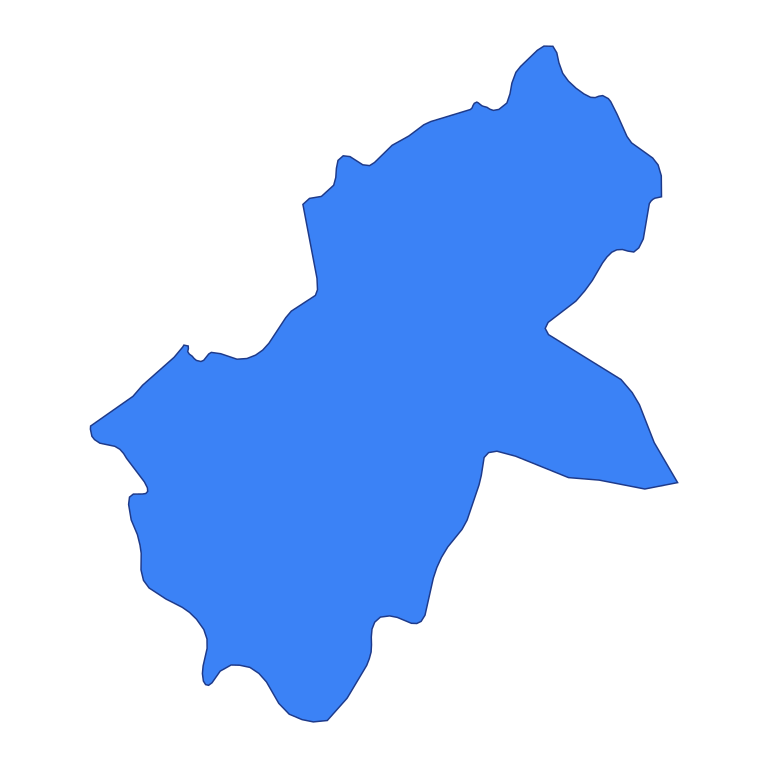 the Province of Hà Giang
{"feature_id": "VNM-512", "entity_name": "Hà Giang", "entity_type": "Province", "adm_level": 1, "iso_a3": "VNM", "parent_name": "Vietnam", "parent_adm1": "", "projection": "robinson", "projection_center": [104.964, 22.767], "detail": "fine", "context": "isolated", "style": "filled", "palette": "blue", "viewbox_px": 768, "rotation_deg": 0, "n_neighbors": 0, "source": "natural_earth", "source_scale": "10m", "svg_char_len": 2340}
<svg xmlns="http://www.w3.org/2000/svg" viewBox="0 0 768 768"><path d="M543.9,46.1L552.9,46.3L556.8,52.8L558.9,62.7L562.7,73.3L568.4,81.1L576.0,88.2L583.9,93.9L590.6,97.3L595.2,97.6L598.9,96.2L602.7,95.6L608.3,98.6L610.7,101.6L617.1,114.3L627.0,136.5L631.6,142.9L652.7,158.0L654.7,160.6L658.1,164.9L661.3,175.8L661.5,196.8L654.9,198.2L652.8,199.4L650.9,201.2L649.3,203.7L643.3,238.9L638.8,247.9L633.8,252.0L628.0,251.1L622.4,249.5L616.8,249.8L611.8,252.2L607.0,256.9L602.5,263.0L592.3,280.5L584.8,290.8L575.9,301.1L548.1,322.4L545.2,328.4L548.5,334.6L621.1,379.6L632.2,392.6L639.4,404.7L654.2,442.6L677.6,482.6L644.8,489.0L599.2,480.1L568.5,477.6L515.6,456.2L496.9,451.2L488.6,452.6L484.1,457.5L481.3,475.4L479.0,485.0L467.1,520.1L462.0,529.4L447.8,546.9L441.5,557.3L436.8,567.6L433.3,578.2L425.0,615.2L421.1,621.4L416.8,623.5L411.4,623.3L397.3,617.4L389.6,615.9L380.4,617.1L374.7,622.2L372.0,629.1L371.3,637.1L371.5,644.8L371.1,652.0L369.3,658.7L366.7,665.4L347.1,698.2L327.3,720.5L313.3,721.9L302.0,719.6L289.2,714.2L278.8,703.4L266.5,682.0L258.9,673.4L249.9,667.4L239.6,665.2L231.1,665.0L220.2,671.1L212.0,682.8L208.6,685.3L205.6,684.6L203.4,681.1L202.4,673.6L203.1,665.9L207.1,648.4L207.0,639.0L203.8,629.5L196.5,619.2L189.5,612.4L182.2,607.3L165.9,599.0L149.1,588.0L143.5,580.4L141.0,569.9L141.2,553.3L140.0,545.1L137.4,534.6L131.2,519.9L128.6,504.4L129.5,497.1L133.3,494.1L142.5,494.0L145.8,493.5L147.7,491.4L147.4,487.8L144.4,481.9L126.6,458.4L123.6,453.5L119.9,449.3L114.8,446.3L99.9,443.2L94.5,439.6L91.9,436.3L90.4,429.2L90.6,426.0L133.0,396.3L142.6,385.2L174.1,357.3L182.8,346.9L183.9,345.1L188.2,346.0L188.4,348.6L187.7,351.6L189.3,354.1L192.2,356.2L194.1,358.5L196.4,360.4L200.9,361.5L203.7,360.3L208.7,354.0L211.3,352.4L220.7,353.7L237.0,359.2L247.0,358.5L255.6,355.1L262.7,350.1L268.9,343.3L285.8,317.6L291.3,311.1L315.4,295.4L317.5,289.7L317.0,278.4L302.9,204.4L309.5,198.4L321.4,196.4L333.7,185.2L335.8,177.4L336.4,168.3L338.0,160.4L343.2,155.8L350.0,156.6L362.8,164.8L369.6,165.6L374.5,162.5L392.1,145.3L408.8,136.0L423.9,124.7L430.9,121.5L470.4,109.5L472.1,107.9L473.0,105.5L474.3,103.3L476.8,102.1L478.2,102.8L481.8,105.7L483.3,106.3L487.0,107.3L489.9,109.2L493.4,110.4L498.9,109.4L506.9,103.0L510.0,93.8L511.9,83.1L515.9,72.3L520.6,66.4L537.3,50.3L543.9,46.1Z" fill="#3b82f6" stroke="#1e3a8a" stroke-width="1.5"/></svg>